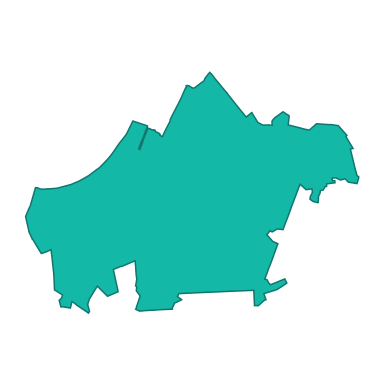 outline of Lielvārdes pag., Lielvardes, Latvia, rotated 89°
{"feature_id": "27541924B7752725645610", "entity_name": "Lielvārdes pag.", "entity_type": "district", "adm_level": 2, "iso_a3": "LVA", "parent_name": "Latvia", "parent_adm1": "Lielvardes", "projection": "mercator", "projection_center": [24.888, 56.721], "detail": "fine", "context": "isolated", "style": "filled", "palette": "teal", "viewbox_px": 384, "rotation_deg": 89, "n_neighbors": 0, "source": "geoboundaries", "source_scale": "gbopen_adm2", "svg_char_len": 5670}
<svg xmlns="http://www.w3.org/2000/svg" viewBox="0 0 384 384"><g transform="rotate(89 192 192)"><path d="M73.8,171.2L72.7,172.2L72.9,172.4L73.3,172.7L74.4,173.7L75.5,174.6L76.3,175.2L76.9,175.7L77.3,176.0L77.6,176.2L78.2,176.7L79.0,177.2L79.6,177.4L80.9,178.1L81.4,178.5L82.6,180.4L83.6,181.8L84.3,182.7L84.8,183.4L87.5,187.1L88.0,187.9L88.1,188.5L88.0,189.6L87.2,191.1L85.9,192.9L85.4,194.5L85.6,195.2L85.6,195.9L87.4,195.9L87.4,196.0L87.6,196.4L88.1,196.7L91.8,198.5L94.9,199.9L97.9,201.3L103.2,204.0L103.3,204.1L105.4,205.2L108.9,207.1L110.7,208.1L112.4,209.0L114.2,210.0L116.0,210.9L118.4,212.1L119.4,212.6L120.6,212.6L121.0,212.8L127.8,216.5L131.7,218.5L136.1,220.7L135.8,221.3L135.0,222.7L134.8,222.9L134.7,223.2L134.0,222.8L133.2,223.4L133.0,223.6L132.8,223.7L132.6,223.9L132.4,224.8L132.2,225.3L131.7,225.7L131.5,226.3L131.4,226.5L131.2,227.0L131.0,227.4L129.6,227.8L129.1,229.0L129.4,229.3L129.6,229.9L129.3,230.2L129.1,230.6L129.1,230.9L129.0,231.4L128.6,231.8L128.3,232.7L127.8,233.4L127.9,233.7L127.9,234.1L128.0,234.7L127.7,234.9L127.4,235.0L140.6,240.5L140.8,240.3L144.1,241.6L147.4,242.9L148.3,243.3L148.6,243.4L147.9,244.6L140.8,241.8L141.0,241.6L133.4,238.6L126.2,235.7L125.7,235.5L125.1,235.4L120.0,249.9L133.1,256.6L137.4,260.0L142.1,263.9L146.4,267.0L150.0,269.5L155.3,273.6L158.7,276.7L165.9,283.9L168.3,287.4L173.9,295.1L179.2,304.9L182.5,313.2L185.8,326.5L186.0,328.8L186.3,333.7L186.4,337.6L186.6,340.1L186.5,342.4L186.2,344.0L185.1,346.4L184.9,348.4L185.5,348.6L197.3,352.2L202.1,353.7L203.0,353.9L204.9,355.0L207.2,356.0L207.4,356.0L208.3,356.5L212.5,358.3L213.3,358.7L213.6,358.8L219.1,357.7L222.3,357.0L225.6,356.3L229.0,355.7L232.4,354.2L236.6,352.4L237.0,351.8L237.7,351.4L241.9,349.0L246.4,346.4L250.9,343.7L250.8,343.3L250.2,341.5L250.2,341.4L249.8,340.3L249.5,339.2L249.4,338.9L248.3,336.5L247.2,334.0L247.5,333.9L248.3,333.8L248.9,333.7L248.9,333.8L251.6,333.5L254.2,333.2L256.5,333.0L259.7,332.7L263.0,332.4L266.3,332.1L269.7,331.8L270.7,331.7L274.7,331.5L278.6,331.4L283.1,331.3L287.5,331.2L290.1,327.2L292.8,323.2L295.1,324.0L296.5,324.9L297.9,326.7L304.6,325.1L304.6,322.9L305.9,315.6L299.6,314.0L300.1,313.1L300.8,311.8L301.9,310.5L303.2,309.1L308.7,301.2L310.7,298.4L311.3,297.7L309.8,296.6L309.5,296.6L305.7,297.5L302.5,298.3L302.5,298.2L297.4,296.6L290.7,292.3L284.5,288.3L289.3,283.6L294.7,278.4L294.8,278.3L290.4,267.6L290.0,267.7L288.2,268.0L279.3,269.8L268.1,272.0L266.6,268.2L265.4,265.0L265.2,264.4L265.1,263.7L265.1,263.3L264.9,262.8L262.9,257.8L261.6,254.7L260.6,252.1L260.1,251.0L259.9,250.4L259.8,250.1L260.4,250.0L262.2,250.0L263.9,249.8L265.8,249.6L266.9,249.6L267.2,249.6L269.2,249.5L273.1,249.3L274.4,249.2L276.1,249.0L278.6,248.7L279.9,249.1L280.2,249.1L284.9,250.0L285.9,249.1L286.2,248.9L289.4,249.4L290.0,249.3L292.6,247.4L294.0,246.4L294.7,245.9L295.1,245.7L297.5,246.5L305.4,249.3L308.2,250.2L308.3,250.3L310.2,246.5L309.7,239.4L309.7,239.1L309.5,233.2L309.5,231.9L309.2,227.7L309.0,221.3L308.8,213.8L308.8,213.7L308.1,213.9L306.2,213.0L303.6,211.7L303.2,211.6L302.8,211.7L302.7,211.2L302.5,210.7L300.2,205.5L299.7,204.4L299.5,204.2L296.3,208.3L296.2,208.2L293.4,207.0L293.1,197.6L292.7,184.2L292.4,171.1L292.2,164.4L292.0,158.1L291.7,145.0L291.4,132.0L291.9,131.9L300.3,131.7L305.8,131.5L306.7,131.5L306.7,131.1L306.8,127.6L301.7,121.8L301.0,119.9L294.9,121.9L291.0,108.6L287.7,103.3L284.8,98.8L280.5,100.7L286.1,115.0L284.4,116.8L280.9,118.6L280.5,120.9L278.6,120.1L277.1,119.5L273.1,117.9L271.4,117.3L269.9,116.7L268.3,116.1L266.8,115.3L263.1,113.9L260.9,113.0L253.5,110.2L251.1,109.3L247.5,107.9L245.2,107.0L244.1,109.3L243.0,111.7L242.5,112.4L240.0,114.5L238.2,116.1L235.9,118.0L235.8,117.9L235.2,117.1L234.0,116.1L232.9,115.3L232.6,115.1L232.0,115.0L232.5,114.1L232.9,113.4L233.3,112.5L233.3,112.4L231.5,109.3L230.5,107.6L230.5,107.2L230.6,106.0L231.2,101.8L231.2,101.6L228.5,100.6L225.7,99.5L225.2,99.4L220.7,97.5L220.6,97.4L217.3,96.1L213.7,94.7L210.6,93.5L209.6,93.3L209.6,93.2L208.2,92.7L206.9,92.1L198.8,88.9L194.3,87.1L191.1,85.8L189.0,85.0L187.3,84.2L186.2,83.8L188.3,81.4L189.8,79.9L191.0,78.6L191.6,78.1L191.5,76.4L191.2,74.1L190.9,72.1L194.5,71.6L198.4,73.7L201.3,74.2L203.6,71.1L204.9,66.3L204.6,66.0L201.3,65.7L198.3,65.5L195.8,64.1L192.8,63.6L192.3,60.8L189.4,59.1L189.1,58.9L188.7,57.3L186.3,57.3L185.5,51.1L185.3,48.9L183.2,49.0L183.3,51.3L180.6,51.8L180.3,48.2L182.4,43.5L182.6,43.4L182.3,42.0L181.8,40.1L181.5,38.8L181.5,38.5L182.4,37.8L184.9,35.5L185.3,33.4L186.0,29.3L186.5,26.9L183.5,25.9L181.5,25.2L179.5,25.1L179.5,25.3L179.3,25.7L178.5,26.7L177.5,27.0L170.2,28.8L160.7,30.9L151.8,32.9L151.3,30.2L139.2,37.2L138.1,36.1L128.2,44.6L126.9,52.2L127.1,53.3L126.7,57.4L126.6,59.1L126.4,61.2L125.9,66.2L126.0,66.4L127.3,68.0L128.5,69.2L129.8,70.9L132.0,73.3L132.1,73.5L131.9,74.9L131.9,75.0L131.4,77.1L130.6,80.3L130.4,80.8L130.3,81.2L130.0,82.3L129.7,83.1L129.6,83.5L129.3,84.5L129.2,84.7L129.3,84.9L128.7,86.9L127.7,90.6L126.6,94.6L126.3,94.6L124.7,94.4L123.1,94.2L119.9,93.8L118.1,93.6L117.7,93.5L117.2,93.8L116.2,95.5L115.5,96.5L113.4,99.6L113.5,99.8L115.7,102.9L119.1,107.8L121.4,110.0L122.8,110.8L124.2,110.8L126.5,110.6L126.5,110.8L126.4,110.9L126.5,111.6L126.6,112.1L126.4,113.1L126.3,113.5L126.3,120.1L123.5,125.0L120.9,126.6L120.7,126.6L119.1,127.6L117.7,128.5L114.9,130.1L113.9,130.7L113.6,130.7L113.6,130.9L118.0,136.5L112.6,140.8L111.6,141.6L106.7,145.4L102.3,148.8L101.5,149.3L100.8,149.9L99.7,150.8L99.2,151.1L97.3,152.6L95.0,154.4L94.7,154.6L93.9,155.0L91.6,157.0L90.6,157.8L89.6,158.6L86.8,160.9L86.7,160.9L86.5,161.1L85.6,161.8L84.2,162.9L82.7,164.1L79.1,167.0L76.5,168.9L76.0,169.3L74.1,170.7L73.8,171.2Z" fill="#14b8a6" stroke="#0f766e" stroke-width="1.5"/></g></svg>